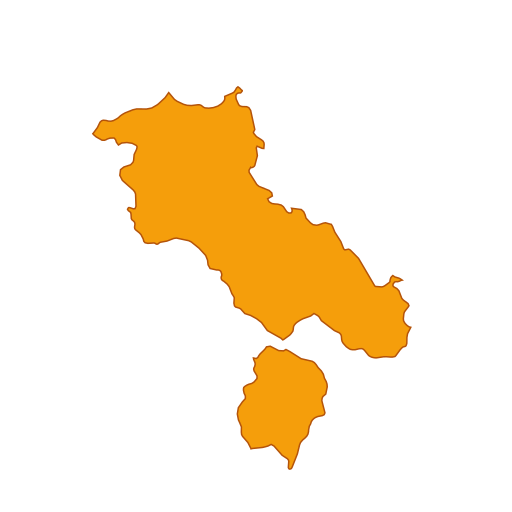 outline of Tirol, rotated 57°
{"feature_id": "AUT-2329", "entity_name": "Tirol", "entity_type": "State", "adm_level": 1, "iso_a3": "AUT", "parent_name": "Austria", "parent_adm1": "", "projection": "mercator", "projection_center": [11.6, 47.192], "detail": "fine", "context": "isolated", "style": "filled", "palette": "amber", "viewbox_px": 512, "rotation_deg": 57, "n_neighbors": 0, "source": "natural_earth", "source_scale": "10m", "svg_char_len": 5222}
<svg xmlns="http://www.w3.org/2000/svg" viewBox="0 0 512 512"><g transform="rotate(57 256 256)"><path d="M65.5,326.2L64.5,326.2L64.4,325.6L61.9,319.0L58.8,313.9L58.5,311.9L58.9,310.2L60.7,307.9L62.4,306.4L63.9,304.3L64.8,301.8L65.1,298.3L65.1,296.2L64.6,293.4L64.5,290.9L64.7,287.7L66.3,279.7L67.7,275.9L73.1,267.8L75.1,262.8L75.4,257.1L75.3,255.1L73.7,246.0L71.4,240.2L80.3,239.1L83.3,237.9L89.4,234.1L92.1,231.7L94.6,228.3L97.6,222.2L98.5,220.9L99.9,219.9L102.8,218.9L104.0,218.1L106.3,215.1L108.3,211.0L109.5,206.4L109.5,202.0L108.9,199.5L108.2,197.7L107.0,196.4L105.1,195.3L106.5,187.2L106.6,185.3L105.7,183.0L104.5,180.8L104.3,179.0L106.4,178.2L108.7,177.8L109.7,177.4L110.2,177.8L110.8,179.7L110.7,180.5L110.0,181.4L109.5,182.7L109.7,184.5L110.5,185.4L111.6,186.2L113.7,187.2L119.6,188.1L121.2,187.8L123.0,186.4L125.7,182.5L127.7,181.2L131.0,181.2L149.2,188.1L149.7,188.8L150.2,189.8L150.8,190.8L152.0,191.1L156.1,190.6L161.6,188.1L163.6,187.5L165.5,187.7L167.0,188.5L170.1,190.9L169.0,192.3L164.5,195.3L165.5,196.9L172.6,200.2L179.4,207.7L179.8,208.6L179.9,209.9L179.6,211.4L179.1,212.3L178.8,212.3L180.2,215.1L182.1,216.2L196.5,216.4L199.2,215.6L208.2,209.3L211.6,208.4L214.6,209.6L214.3,215.1L217.6,215.5L220.6,214.1L222.5,212.0L224.4,209.5L227.0,207.1L229.6,206.2L235.6,206.1L237.8,205.1L239.0,203.1L238.4,201.6L237.0,200.6L235.3,200.2L241.7,192.7L244.9,191.9L248.3,192.4L251.4,193.4L257.8,192.3L260.8,191.1L263.3,188.3L264.0,186.4L265.1,181.7L266.0,179.6L269.9,176.2L270.4,175.6L272.9,175.7L278.9,176.9L290.1,177.0L297.9,178.6L299.3,178.1L300.7,174.6L302.2,173.7L313.8,171.3L345.4,172.7L346.5,172.5L350.4,167.4L350.9,166.1L351.1,164.2L350.8,158.8L350.5,157.6L349.8,157.2L348.6,156.0L347.6,154.7L347.2,153.6L346.9,151.9L349.1,151.0L352.4,148.2L353.6,147.5L355.6,146.6L355.9,146.5L355.5,147.5L355.2,149.7L354.7,151.3L353.8,152.5L353.3,153.9L354.1,156.2L355.5,157.4L357.0,157.2L360.0,155.6L363.0,155.1L371.0,156.8L373.3,156.4L378.7,154.4L381.0,154.8L381.6,156.0L383.1,160.3L383.8,162.0L384.9,163.4L389.0,166.7L391.0,167.6L393.8,167.7L396.7,167.1L398.8,166.2L400.1,165.0L403.7,171.2L406.5,173.8L411.4,177.1L412.6,178.5L413.1,179.5L413.0,180.4L412.4,182.0L412.5,183.7L413.1,186.1L415.7,192.9L416.0,194.1L415.7,195.0L415.1,196.5L414.1,198.1L411.5,201.5L410.0,203.9L407.1,210.3L406.1,211.8L405.0,213.0L403.8,214.1L402.4,215.0L400.8,215.7L394.1,216.4L392.7,216.8L391.7,217.3L390.9,218.3L389.9,220.2L388.6,223.9L387.2,226.1L385.6,227.8L383.8,228.7L381.2,229.7L376.7,230.4L374.6,230.3L372.8,229.7L369.6,228.0L368.0,227.6L366.0,227.9L361.2,230.9L345.8,236.4L341.6,236.2L339.6,236.7L335.8,238.7L336.1,242.8L334.2,250.7L333.9,253.7L333.9,257.4L334.2,259.6L334.9,261.7L335.7,263.0L338.0,264.9L339.1,266.0L340.2,268.8L340.7,270.8L341.1,278.4L340.9,279.3L338.6,279.8L324.7,287.1L314.8,287.6L308.8,289.7L302.9,292.9L298.2,296.7L291.9,297.7L290.4,298.6L287.7,300.9L286.1,301.2L283.5,300.2L279.1,296.9L276.5,296.7L275.4,296.8L274.4,296.7L274.2,296.7L267.1,295.2L263.8,295.5L259.8,296.7L259.7,296.7L258.4,297.4L257.1,297.7L255.9,297.4L254.7,296.7L254.0,295.7L253.2,295.0L252.3,294.5L249.9,293.9L248.5,294.2L247.3,295.1L246.2,296.7L241.5,301.3L237.3,301.0L233.1,298.9L228.1,297.9L218.5,299.5L209.0,302.6L206.5,304.1L197.6,313.0L196.5,315.4L195.0,322.5L192.4,328.7L192.3,329.5L192.5,331.6L192.2,332.6L191.6,333.2L190.1,333.9L189.5,334.5L186.5,339.8L184.5,341.8L182.6,342.1L180.2,341.3L175.4,340.8L173.1,341.2L168.5,342.7L167.1,342.8L165.7,342.2L163.4,340.2L162.1,339.6L160.7,339.5L158.1,340.3L156.7,340.2L152.8,338.0L151.2,337.4L148.3,338.4L146.8,338.3L146.0,336.6L146.6,335.6L149.7,333.1L150.4,331.7L149.0,329.6L138.5,323.3L136.4,322.8L133.9,323.0L119.9,326.9L114.2,326.3L109.8,322.6L109.4,318.3L111.2,311.5L110.4,308.1L109.2,306.6L104.5,302.9L101.6,298.2L100.2,296.7L99.5,296.2L98.7,296.1L98.0,296.2L94.0,298.5L90.5,302.5L88.1,307.1L88.0,310.9L84.6,311.1L81.9,310.4L79.7,310.8L77.6,314.3L76.9,316.9L76.8,318.5L76.4,320.1L75.0,322.1L69.0,325.2L65.5,326.2ZM387.2,360.5L383.9,360.0L378.3,357.7L373.6,353.4L371.0,347.0L369.8,342.6L367.5,341.1L364.6,340.7L361.7,339.6L360.4,338.7L359.6,337.9L359.3,336.5L359.3,333.9L359.7,331.6L360.2,330.2L360.6,328.8L360.6,326.3L359.3,321.9L357.1,320.4L351.3,320.2L349.5,319.5L348.6,318.5L347.9,317.2L346.3,315.6L344.8,314.9L341.5,314.3L340.1,313.7L342.1,311.7L342.1,309.8L341.1,307.9L340.3,305.7L339.4,301.0L338.8,298.7L337.9,296.7L339.4,293.2L347.7,288.5L350.6,284.5L350.7,281.8L354.5,279.7L366.7,274.1L374.9,266.2L377.2,265.1L380.0,264.7L383.3,264.7L388.1,263.8L391.8,263.9L395.8,265.2L399.5,265.5L402.1,266.2L404.5,267.5L409.8,272.7L410.3,276.5L411.4,278.1L413.2,279.6L425.1,283.6L426.2,285.2L426.0,287.3L424.3,291.5L424.0,293.0L423.8,294.5L423.8,295.3L423.9,296.3L424.3,298.2L425.2,300.0L426.6,301.7L427.8,304.0L430.5,306.6L432.0,307.7L433.7,309.5L434.8,311.7L435.4,314.4L435.7,317.1L436.7,320.3L438.1,322.3L444.5,329.1L452.7,340.6L453.5,342.1L453.4,342.8L453.3,343.3L453.1,343.8L452.6,344.2L452.1,344.3L451.0,344.1L446.1,340.4L444.7,339.9L443.1,340.1L437.5,342.6L425.2,344.4L422.3,345.9L421.9,349.4L421.2,351.7L420.2,354.6L415.6,363.6L415.0,365.2L414.8,365.1L408.0,364.4L400.0,365.5L397.9,365.3L395.7,364.2L391.4,361.3L387.2,360.5Z" fill="#f59e0b" stroke="#b45309" stroke-width="1.5"/></g></svg>